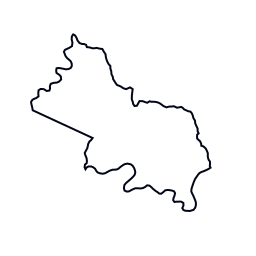 outline of Antônio Prado, Rio Grande do Sul, Brazil, rotated 29°
{"feature_id": "56859067B28853350190882", "entity_name": "Antônio Prado", "entity_type": "district", "adm_level": 2, "iso_a3": "BRA", "parent_name": "Brazil", "parent_adm1": "Rio Grande do Sul", "projection": "albers", "projection_center": [-51.31, -28.882], "detail": "fine", "context": "isolated", "style": "outline", "palette": "ink", "viewbox_px": 256, "rotation_deg": 29, "n_neighbors": 0, "source": "geoboundaries", "source_scale": "gbopen_adm2", "svg_char_len": 3035}
<svg xmlns="http://www.w3.org/2000/svg" viewBox="0 0 256 256"><g transform="rotate(29 128 128)"><path d="M210.0,111.3L207.9,109.6L205.8,108.2L202.7,107.5L200.8,108.0L199.7,106.4L197.6,104.7L195.4,104.2L193.6,103.7L192.5,102.0L191.7,100.2L192.4,98.5L190.4,97.0L189.2,94.8L186.6,92.9L184.6,91.4L182.9,89.0L180.5,87.7L178.3,85.4L176.5,84.1L174.6,83.4L172.7,84.1L170.5,84.3L168.0,84.5L166.3,83.9L164.5,83.7L161.0,86.5L157.6,86.7L155.7,88.1L153.4,89.5L151.6,91.3L148.3,91.6L145.6,91.2L143.9,91.0L141.7,91.2L140.0,91.6L137.5,92.7L135.8,93.7L134.0,94.1L132.6,96.6L130.1,97.1L127.8,97.4L125.0,98.9L125.0,101.7L125.0,104.2L123.0,105.6L120.8,104.4L119.4,102.7L117.6,101.3L116.5,99.3L115.6,97.6L114.6,95.1L113.2,91.7L110.1,91.5L107.5,94.9L104.6,95.5L102.0,95.2L99.5,95.4L97.5,95.7L95.4,94.7L92.7,93.2L91.1,92.3L89.9,90.6L87.5,89.0L85.7,86.3L83.7,84.5L82.5,82.3L80.3,81.6L78.3,80.4L76.4,78.9L74.4,76.9L72.6,74.4L69.4,72.7L67.2,71.3L65.5,72.1L63.4,72.7L61.6,73.2L59.9,74.6L58.1,75.6L55.7,76.0L52.8,77.2L51.1,75.6L49.0,75.8L47.0,76.8L44.4,77.2L41.4,75.9L39.1,74.0L36.8,72.7L34.7,72.7L34.5,75.1L35.7,77.7L38.1,80.4L39.3,83.6L37.7,86.5L36.4,88.2L35.0,90.2L35.0,92.4L38.3,95.2L40.6,96.3L43.5,96.9L45.5,97.4L47.6,99.0L48.8,101.1L48.8,103.2L47.7,104.9L45.5,106.7L42.5,107.6L40.5,108.3L38.7,108.9L36.6,110.3L37.3,112.6L38.8,114.5L42.2,114.8L44.3,115.5L46.0,118.0L45.1,121.1L43.7,122.8L41.3,124.4L39.0,126.8L39.4,129.3L40.7,131.3L41.1,133.4L38.8,135.1L36.1,134.8L34.4,135.3L32.6,136.3L31.5,138.4L32.7,141.2L34.4,143.7L33.2,146.3L31.6,148.2L30.7,149.8L30.6,152.3L32.0,154.0L34.3,156.5L36.1,158.7L62.3,156.8L86.7,155.0L101.9,153.9L101.6,156.4L100.8,158.5L100.9,161.2L101.6,163.2L102.2,165.5L102.2,168.3L102.3,170.9L103.8,172.4L106.4,174.5L108.1,176.8L108.9,178.9L108.1,180.8L109.0,183.3L110.8,184.7L111.0,182.4L112.2,180.7L114.5,179.5L116.5,179.2L119.0,179.6L121.2,181.0L123.0,181.6L125.5,181.2L128.0,180.3L129.8,178.8L131.1,176.8L132.7,174.2L134.7,172.0L136.4,171.0L138.3,169.7L139.4,168.2L140.2,165.9L141.1,163.9L142.4,161.5L144.6,159.5L148.1,158.4L150.5,158.8L152.8,160.1L154.5,161.6L155.9,163.3L156.5,165.6L156.2,167.8L155.4,170.5L154.6,172.7L153.8,174.9L153.0,177.0L152.5,179.6L153.6,182.6L155.3,184.4L157.8,184.2L159.6,182.9L160.8,181.0L162.2,178.9L163.7,177.1L165.3,176.2L168.1,174.9L170.1,173.4L171.5,171.4L172.5,168.9L174.7,168.0L177.1,168.4L179.3,169.1L181.1,169.4L183.0,169.7L185.0,169.8L187.1,170.2L188.9,169.4L189.9,167.1L190.8,164.4L193.0,162.8L195.0,162.0L197.2,161.3L199.0,161.1L200.8,162.2L201.5,164.8L201.8,167.3L202.5,169.2L204.5,170.2L206.2,168.9L210.0,166.7L212.7,166.7L214.1,168.9L214.3,171.7L216.2,172.8L218.2,172.6L220.1,171.7L222.3,170.6L225.0,167.8L225.4,165.0L224.7,162.3L223.3,160.0L221.5,158.4L220.0,157.2L217.7,155.4L216.0,154.3L214.1,152.8L213.0,150.3L212.3,146.7L211.7,143.2L211.4,139.8L211.7,137.3L211.9,134.8L212.4,132.7L213.7,130.7L215.4,128.8L216.6,127.2L218.3,124.8L219.4,122.7L217.9,121.5L217.2,119.7L216.0,117.7L213.8,116.6L212.1,114.9L211.0,113.2L210.0,111.3Z" fill="none" stroke="#020617" stroke-width="2"/></g></svg>